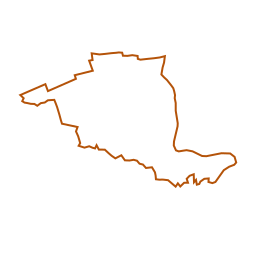 the district of Cruzeiro do Sul, Rio Grande do Sul, Brazil, rotated 338°
{"feature_id": "56859067B99028252203396", "entity_name": "Cruzeiro do Sul", "entity_type": "district", "adm_level": 2, "iso_a3": "BRA", "parent_name": "Brazil", "parent_adm1": "Rio Grande do Sul", "projection": "mercator", "projection_center": [-52.031, -29.551], "detail": "fine", "context": "isolated", "style": "outline", "palette": "amber", "viewbox_px": 256, "rotation_deg": 338, "n_neighbors": 0, "source": "geoboundaries", "source_scale": "gbopen_adm2", "svg_char_len": 1549}
<svg xmlns="http://www.w3.org/2000/svg" viewBox="0 0 256 256"><g transform="rotate(338 128 128)"><path d="M205.2,186.4L190.1,183.5L186.2,181.7L179.1,173.8L174.0,170.5L170.7,169.7L166.3,168.7L164.1,166.7L163.9,161.4L165.6,157.7L174.6,145.0L175.9,142.2L178.7,129.9L181.6,122.7L182.5,117.8L183.9,115.2L184.6,111.2L184.9,108.1L184.0,104.5L182.1,98.1L180.4,94.5L179.0,90.9L182.8,84.8L185.9,80.9L189.1,75.2L183.9,74.5L178.4,73.1L171.9,71.2L165.1,69.3L163.0,67.6L163.9,64.8L159.3,62.1L154.5,60.9L150.4,59.1L150.8,56.0L147.8,54.5L145.1,53.8L140.7,52.4L134.8,50.8L129.1,49.1L122.3,45.2L120.6,51.7L117.2,51.0L116.8,61.7L98.4,59.1L98.1,62.9L67.6,63.8L67.8,56.4L40.5,57.1L42.4,61.3L40.0,63.5L41.6,65.7L43.9,67.1L47.1,69.3L50.2,70.6L52.2,73.4L56.5,72.3L60.4,73.2L64.1,72.3L66.9,73.2L70.2,74.3L70.2,78.4L70.1,82.1L69.4,89.8L68.7,95.6L68.4,99.3L81.6,108.2L78.5,111.7L78.7,117.0L78.0,124.1L75.6,126.0L80.3,129.9L85.2,130.4L87.7,133.0L89.8,134.6L92.4,132.2L92.9,137.1L98.4,139.4L100.6,144.1L102.4,147.6L104.9,151.4L111.6,150.8L113.0,156.8L117.2,158.7L121.3,159.6L124.1,161.7L125.3,165.4L128.2,167.5L129.7,171.8L135.5,173.4L136.4,179.2L135.8,182.4L134.7,186.0L137.6,187.6L141.0,188.9L145.6,191.4L150.2,200.2L153.5,198.0L154.6,201.8L159.5,199.8L163.1,201.2L163.4,197.1L167.2,195.4L171.6,195.5L168.9,203.0L171.6,201.6L170.6,206.3L173.1,206.6L175.0,204.8L179.7,203.7L183.9,205.0L182.4,208.2L185.6,210.7L188.8,210.8L201.0,203.0L207.3,201.8L212.7,201.9L215.4,200.5L216.0,194.7L213.2,189.9L210.0,188.5L205.2,186.4Z" fill="none" stroke="#b45309" stroke-width="2"/></g></svg>